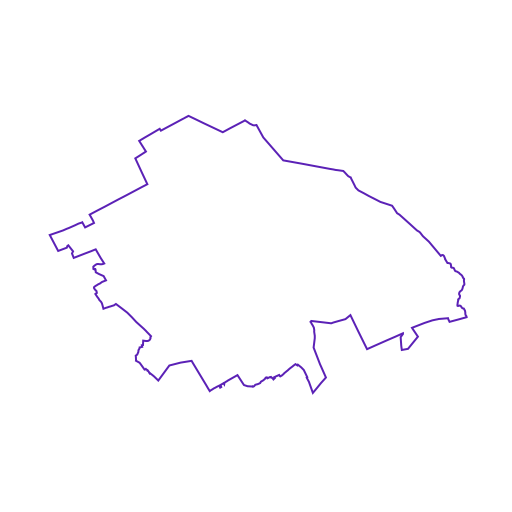 the district of Soyaniquilpan de Juárez, México, Mexico, rotated 330°
{"feature_id": "50627088B65616547709828", "entity_name": "Soyaniquilpan de Juárez", "entity_type": "district", "adm_level": 2, "iso_a3": "MEX", "parent_name": "Mexico", "parent_adm1": "México", "projection": "albers", "projection_center": [-99.518, 20.053], "detail": "fine", "context": "isolated", "style": "outline", "palette": "violet", "viewbox_px": 512, "rotation_deg": 330, "n_neighbors": 0, "source": "geoboundaries", "source_scale": "gbopen_adm2", "svg_char_len": 5979}
<svg xmlns="http://www.w3.org/2000/svg" viewBox="0 0 512 512"><g transform="rotate(330 256 256)"><path d="M407.8,414.3L408.1,413.5L408.0,411.8L408.2,411.2L408.3,410.9L408.6,410.3L409.0,409.6L409.6,408.0L409.7,407.2L409.6,406.5L409.7,406.1L409.7,405.4L408.7,404.5L408.6,404.2L408.4,403.5L408.4,402.2L408.2,401.5L407.7,400.8L407.0,400.6L406.4,400.4L405.9,400.3L405.6,399.8L406.0,399.0L406.5,398.5L407.0,397.7L408.1,396.4L408.4,396.1L408.6,395.8L409.1,395.4L409.2,394.9L409.4,394.7L409.9,394.5L410.6,394.5L411.1,394.4L411.9,393.6L412.3,393.2L412.6,392.8L412.8,392.4L412.8,391.5L412.7,391.1L412.8,390.8L412.9,390.4L413.4,389.8L414.0,389.2L414.9,388.8L416.0,388.6L417.0,388.5L418.0,387.9L419.0,387.0L419.6,386.3L420.1,385.8L421.0,385.3L421.5,385.2L422.1,385.0L422.3,384.7L422.7,383.9L423.4,382.0L423.9,381.1L424.2,380.5L424.6,380.2L424.8,379.7L424.4,378.4L424.4,378.0L424.6,377.6L424.6,376.2L424.4,375.1L424.0,374.2L423.6,373.2L423.4,372.1L422.3,370.1L421.8,369.5L421.1,368.8L421.0,368.0L421.1,366.9L421.2,366.0L421.2,365.3L420.5,364.5L419.6,363.9L419.5,363.6L419.4,363.1L419.9,362.3L420.1,361.8L420.3,361.2L420.6,360.6L420.5,359.7L419.1,358.3L418.3,357.8L418.2,353.7L418.3,353.7L418.7,350.8L418.8,349.9L418.5,348.9L417.7,348.2L416.1,348.3L412.9,330.0L410.5,322.5L410.3,321.2L409.9,318.2L409.6,316.9L408.2,314.4L407.1,311.0L405.3,305.3L400.9,291.9L399.6,289.5L399.3,284.1L399.0,280.5L391.9,272.6L390.8,271.4L388.5,267.8L383.8,260.6L380.8,255.6L377.5,250.4L377.0,248.5L376.7,247.4L376.5,246.5L376.7,244.0L377.0,238.9L377.0,238.7L377.1,236.9L377.3,235.3L377.0,235.0L375.8,233.0L375.4,231.4L374.5,227.4L374.1,226.0L371.3,223.8L369.5,222.4L369.2,222.2L368.0,221.3L366.1,219.6L363.4,217.4L351.7,207.4L342.0,199.1L327.4,186.8L321.6,157.0L321.9,142.8L320.2,142.2L319.1,141.5L318.7,141.1L317.8,139.7L316.8,138.3L316.1,136.7L315.6,135.6L315.2,134.9L314.5,133.5L314.3,133.0L313.9,133.1L304.4,132.7L297.2,132.4L289.1,132.2L284.2,125.1L277.2,115.0L272.4,107.9L267.6,100.9L258.6,100.6L251.9,100.4L243.0,100.1L236.3,99.9L236.2,97.7L225.4,97.8L218.9,97.8L212.4,97.9L212.9,110.5L205.3,110.9L200.3,111.1L198.9,126.4L197.8,139.5L191.2,139.2L182.5,138.9L173.9,138.6L165.2,138.2L156.5,137.9L149.9,137.7L141.3,137.3L132.6,137.0L132.5,143.9L132.2,146.4L122.3,145.8L122.4,139.9L121.4,139.9L120.5,139.6L118.4,139.2L114.5,138.9L108.1,138.2L105.6,137.8L101.8,137.4L97.6,136.6L87.9,134.7L87.2,152.7L96.3,154.2L97.7,153.0L98.8,152.9L99.9,160.5L97.9,161.8L97.2,166.5L108.9,168.3L109.5,168.4L113.2,169.0L115.6,169.4L117.9,169.7L120.5,170.1L120.5,179.9L120.8,186.6L119.4,186.4L118.0,185.9L117.0,185.3L115.3,184.0L114.3,183.5L113.0,183.4L111.2,183.6L109.8,183.9L108.7,185.9L109.3,186.8L109.6,186.7L110.0,186.7L110.3,186.9L110.3,187.3L109.1,190.0L111.0,193.1L113.4,196.4L114.0,197.2L113.9,202.1L109.6,201.5L106.9,201.8L105.4,201.6L103.6,201.7L102.2,201.7L101.2,201.8L100.2,202.0L99.7,202.6L99.7,203.4L99.7,204.4L100.0,205.4L100.3,206.6L99.7,208.4L97.9,208.6L98.1,212.1L98.4,214.2L98.3,215.6L98.6,216.9L98.9,218.2L98.9,219.9L98.5,221.6L98.0,223.5L97.5,225.4L99.3,225.7L100.4,225.9L101.5,226.2L103.2,226.5L105.1,227.0L105.8,227.1L108.3,227.7L110.7,227.5L113.5,234.1L116.2,240.7L117.9,247.0L119.3,253.3L122.5,263.1L122.6,263.5L122.7,264.0L123.0,264.9L123.2,265.7L123.4,266.7L125.0,273.0L124.7,273.2L124.1,273.4L123.9,273.6L123.7,274.0L123.5,274.5L123.0,274.9L122.2,275.4L121.4,275.6L120.3,275.6L119.7,275.4L119.0,275.1L117.8,274.3L116.0,272.9L113.6,276.6L112.5,276.2L112.0,277.8L109.5,277.0L109.2,277.5L108.8,277.8L108.2,278.2L107.6,278.6L107.1,278.8L106.6,279.6L106.0,280.4L105.4,280.8L104.5,281.5L103.9,281.9L103.2,282.1L102.7,282.1L102.0,282.2L101.4,283.5L101.2,284.0L100.9,284.5L100.0,286.3L99.9,286.5L99.7,286.7L101.8,290.2L102.0,291.6L102.7,298.7L102.8,298.8L104.1,298.7L104.2,299.5L104.9,300.4L104.7,301.2L105.1,301.4L105.1,301.5L105.3,303.4L105.3,303.5L105.5,304.1L105.2,304.1L105.3,304.9L105.6,304.9L105.8,305.0L106.6,306.9L107.5,309.3L108.5,312.8L109.1,315.0L126.2,307.5L137.3,310.6L147.8,314.6L147.8,317.0L148.3,343.3L148.3,346.0L148.4,349.9L149.6,349.7L150.6,349.7L151.7,349.7L152.8,349.6L153.8,349.6L154.8,349.7L155.9,349.7L157.0,349.7L158.1,349.8L159.5,349.9L159.2,352.1L160.4,352.1L160.8,350.0L161.9,349.9L163.1,350.0L164.2,349.9L164.3,351.2L165.3,350.0L165.5,350.0L166.9,349.9L168.3,349.9L169.1,349.8L170.3,349.8L180.4,349.9L181.0,361.0L181.1,361.8L183.6,364.6L187.1,366.9L187.9,367.1L188.0,367.7L189.2,367.8L191.0,367.2L192.3,367.5L193.2,367.8L194.6,368.0L196.1,368.1L197.4,367.3L200.2,367.3L202.6,366.8L203.1,366.4L203.7,366.2L204.7,366.5L204.7,367.6L206.3,367.8L207.0,367.7L208.5,368.2L208.5,368.3L208.4,368.5L208.4,368.8L208.5,368.8L208.7,369.0L208.8,369.2L208.9,369.4L209.0,369.6L209.3,370.7L209.4,371.6L211.3,371.1L211.2,370.1L212.7,370.2L213.8,370.3L214.5,370.4L215.7,370.5L216.6,370.6L216.6,371.0L216.6,371.6L216.6,371.9L216.7,372.2L216.8,372.4L217.0,372.4L217.3,372.4L217.7,372.4L218.2,372.4L218.9,372.4L219.6,372.2L220.3,372.1L221.1,371.9L221.7,371.7L222.3,371.5L222.7,371.5L223.3,371.4L223.9,371.3L224.9,371.1L225.9,371.0L226.9,370.8L227.5,370.6L228.2,370.5L228.8,370.4L229.2,370.3L230.0,370.2L231.6,370.0L232.7,369.9L233.4,369.7L234.5,369.6L236.1,369.4L237.1,371.4L237.6,371.1L237.9,371.0L239.5,375.1L240.4,378.6L239.8,386.6L239.1,386.7L238.9,391.7L238.7,392.6L236.8,403.0L242.8,400.8L248.8,398.5L252.8,397.2L255.8,396.2L257.1,384.1L257.3,381.9L260.1,364.1L265.7,356.7L267.0,354.5L268.5,350.7L269.4,349.3L270.3,346.9L270.4,344.4L270.3,342.1L270.5,340.9L270.3,340.3L271.4,339.9L280.4,346.6L287.5,351.9L289.8,352.3L294.6,353.5L301.9,355.4L308.2,354.4L306.9,372.2L305.6,392.2L314.3,393.1L327.3,394.5L335.9,395.5L344.6,396.4L344.3,397.0L340.7,398.6L336.9,406.4L336.6,407.1L335.3,410.3L341.2,412.4L347.5,410.0L355.9,406.8L355.2,396.8L355.2,396.4L355.2,396.2L361.7,397.2L368.2,398.2L368.3,398.2L370.7,398.7L374.5,399.5L376.5,399.9L380.2,401.1L381.6,401.6L382.7,401.9L391.2,405.9L390.9,406.9L390.8,408.5L390.7,409.8L399.3,412.1L407.8,414.3Z" fill="none" stroke="#5b21b6" stroke-width="2"/></g></svg>